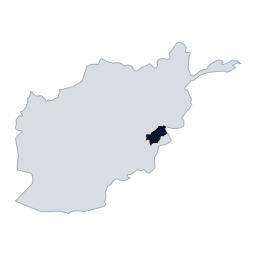 Paktya on a map of Afghanistan (orthographic projection)
{"feature_id": "AFG-3413", "entity_name": "Paktya", "entity_type": "Province", "adm_level": 1, "iso_a3": "AFG", "parent_name": "Afghanistan", "parent_adm1": "", "projection": "orthographic", "projection_center": [69.398, 33.616], "detail": "fine", "context": "in_parent", "style": "filled", "palette": "ink", "viewbox_px": 256, "rotation_deg": 0, "n_neighbors": 0, "source": "natural_earth", "source_scale": "10m", "svg_char_len": 5266}
<svg xmlns="http://www.w3.org/2000/svg" viewBox="0 0 256 256"><path d="M112.4,63.1L117.9,62.7L121.5,63.5L123.4,65.4L125.3,66.0L127.1,65.1L128.3,64.9L128.7,65.5L129.7,65.8L131.1,65.7L131.9,66.3L132.1,67.4L133.1,68.9L134.9,70.7L136.6,71.1L138.8,69.8L139.6,70.0L139.9,69.5L140.2,68.5L141.5,67.6L144.0,66.7L145.4,66.0L145.9,65.3L146.7,65.1L147.6,65.3L148.2,65.1L148.7,64.2L149.6,63.9L150.3,64.1L153.6,67.3L154.9,68.2L155.5,68.1L157.2,66.3L157.5,64.7L157.0,62.7L157.3,61.0L158.4,59.7L160.4,58.9L163.4,58.6L165.2,58.8L165.9,59.5L166.8,59.8L167.9,59.9L169.0,59.1L169.9,57.5L170.0,55.6L169.1,53.3L169.3,52.6L170.8,51.4L172.4,49.7L173.8,47.4L175.3,44.7L177.1,43.0L179.2,42.3L181.8,43.0L184.9,45.1L186.1,47.7L185.4,50.8L185.4,52.5L186.0,52.8L189.5,52.1L190.0,52.6L190.0,53.4L189.5,54.8L188.9,58.4L188.0,67.6L189.7,72.9L190.7,75.1L191.8,75.7L192.9,75.9L193.9,75.7L196.0,74.3L199.2,71.6L202.3,70.0L206.8,69.0L208.2,66.2L210.3,64.3L215.0,61.4L217.5,60.3L219.0,60.1L222.7,60.9L222.9,61.7L222.7,62.6L221.7,63.4L221.4,64.0L221.8,64.4L223.3,64.5L229.5,62.3L230.9,60.6L232.2,60.5L234.9,61.1L236.9,60.7L238.1,61.4L240.6,63.6L239.9,63.8L238.7,63.4L238.1,62.7L235.6,63.8L232.8,65.5L232.9,65.8L235.5,67.9L230.4,70.6L228.1,72.0L227.5,72.1L223.9,71.0L213.9,71.8L206.4,72.8L203.5,74.1L200.7,74.8L199.3,75.5L198.4,76.8L194.3,79.7L193.6,80.8L191.2,80.7L188.9,83.5L185.4,86.9L184.7,88.4L185.2,89.2L187.1,90.3L188.0,91.4L189.4,94.6L190.0,96.8L190.9,97.8L191.4,100.4L190.5,101.9L190.5,102.7L191.8,104.7L191.5,105.3L190.6,106.3L189.3,108.9L186.8,110.8L185.7,112.6L184.0,114.5L183.3,116.0L182.5,116.9L181.7,117.4L181.9,118.2L182.6,119.3L183.8,120.4L183.8,125.2L183.2,126.6L180.0,127.9L176.9,128.5L173.1,128.6L171.7,128.4L166.4,126.7L164.8,127.6L164.4,129.7L167.5,133.1L168.7,135.0L170.1,138.1L171.2,139.8L170.8,141.3L165.4,144.7L161.9,145.1L159.7,145.7L158.6,146.5L157.9,150.1L157.1,151.4L157.1,153.0L156.4,154.7L155.2,155.9L154.4,157.7L155.0,167.3L151.8,171.1L150.0,172.4L148.3,173.0L146.9,172.8L145.2,170.6L143.9,169.8L142.7,169.9L141.4,170.7L139.4,170.4L137.7,169.6L136.8,169.7L136.3,170.5L134.5,172.1L129.9,174.5L128.1,174.6L127.3,175.2L127.6,176.3L128.3,177.1L129.8,177.7L129.8,178.4L127.5,179.6L125.1,180.4L122.4,180.7L119.6,180.1L118.2,179.0L116.5,178.9L114.9,179.6L113.3,180.9L111.0,184.2L107.7,186.2L106.8,188.2L105.7,191.9L105.9,197.4L105.4,199.9L104.6,201.4L104.7,202.7L105.8,204.2L105.3,205.1L104.4,206.1L103.5,206.6L85.3,211.3L82.4,211.3L80.9,211.0L75.8,210.7L73.7,211.0L71.5,211.6L69.9,212.4L68.6,213.7L66.6,212.9L59.9,211.2L41.7,211.8L40.0,211.3L15.4,201.2L32.1,183.8L32.6,182.3L32.9,179.3L32.2,175.1L30.8,173.2L17.4,169.9L17.2,166.7L17.5,165.3L17.4,162.6L17.6,160.5L18.5,157.1L18.6,155.5L15.7,139.7L15.8,138.2L18.5,134.9L22.0,131.7L21.9,131.0L20.3,130.5L17.9,130.3L16.7,129.6L15.8,128.6L15.5,127.2L16.4,124.7L16.1,119.8L19.0,116.0L22.8,116.1L21.1,113.0L20.7,112.6L20.6,112.1L20.9,111.6L21.9,111.5L24.3,109.8L24.5,108.7L26.7,106.1L26.6,104.8L28.1,101.6L27.6,99.4L27.6,98.2L29.1,97.5L30.2,94.5L30.8,93.8L30.9,93.0L30.7,91.7L32.0,91.7L33.0,93.3L34.8,95.2L35.9,95.7L37.4,96.1L40.9,95.8L41.6,95.9L44.9,99.1L45.5,99.9L45.7,101.1L46.2,101.5L47.5,100.4L48.7,100.1L51.0,100.6L52.2,100.3L58.2,97.0L58.8,94.7L59.4,93.4L60.2,92.7L59.5,89.9L59.8,89.4L60.6,89.2L62.5,89.4L71.3,86.9L73.6,87.0L74.1,86.8L74.3,86.0L75.0,85.2L79.2,83.2L81.6,81.1L82.6,79.5L87.1,66.2L89.2,65.1L91.3,64.4L98.4,64.4L99.9,60.3L100.6,59.4L101.8,58.5L106.9,61.6L112.4,63.1Z" fill="#d9dde1" stroke="#a8b0b8" stroke-width="1"/><path d="M165.0,127.0L164.8,127.1L164.5,127.4L164.5,127.7L164.5,128.0L164.5,128.3L164.2,128.6L164.0,128.8L164.1,129.1L164.6,129.6L164.7,129.8L164.9,130.6L165.1,130.9L165.5,131.4L165.6,131.7L165.7,132.1L165.9,132.5L166.1,132.6L166.5,132.7L166.5,132.9L166.5,133.1L166.4,133.2L166.1,133.5L165.6,133.7L165.2,134.0L164.8,134.2L164.5,134.3L164.2,134.5L163.9,134.6L163.3,135.4L163.1,135.2L161.9,135.3L160.9,135.6L160.7,135.7L160.4,135.9L159.9,136.3L159.9,136.5L159.6,137.0L159.5,137.5L159.8,137.8L159.4,139.0L159.2,139.4L159.1,139.6L158.7,139.8L157.8,140.6L157.7,140.9L157.7,141.1L157.4,141.5L157.2,141.7L157.1,141.8L157.0,142.2L156.7,142.1L156.3,142.0L155.5,142.3L155.2,142.3L154.9,142.3L154.4,141.9L154.3,141.7L154.2,141.7L153.9,141.6L153.8,141.8L153.9,142.0L153.7,142.2L153.2,142.5L152.4,142.9L151.7,143.3L151.3,143.7L151.1,143.8L150.8,143.9L150.7,143.9L150.7,144.0L150.6,143.9L150.5,143.4L150.4,143.2L150.4,142.9L150.5,142.8L150.3,141.7L150.3,141.3L150.4,140.4L150.4,140.2L150.0,139.6L149.9,139.3L149.8,139.2L149.7,139.1L149.4,139.0L149.2,139.0L148.8,139.0L148.5,138.8L148.1,138.9L146.9,139.3L147.0,139.0L147.4,138.1L147.4,137.8L147.2,137.4L147.1,137.1L147.0,136.9L147.0,136.5L146.9,135.8L147.0,135.1L149.4,135.2L149.6,135.2L149.9,135.3L150.1,135.3L150.4,135.3L150.6,135.2L150.8,135.1L151.1,134.9L151.4,134.3L151.6,133.8L151.8,133.3L152.0,133.1L152.2,132.9L153.8,131.8L155.4,131.0L155.9,130.7L156.0,130.6L156.1,130.3L156.9,129.4L157.0,129.3L157.7,128.8L157.8,128.7L158.0,128.5L158.3,128.2L158.5,128.0L158.7,127.5L158.8,127.1L159.3,126.8L159.4,126.7L159.6,126.7L159.8,126.7L160.0,126.7L160.7,126.7L161.3,126.9L161.6,127.0L161.6,127.3L161.6,127.5L161.9,127.6L162.0,127.5L162.9,127.0L163.5,126.3L163.6,126.2L163.8,126.3L164.9,126.9L165.0,127.0Z" fill="#0f172a" stroke="#020617" stroke-width="1.5"/></svg>